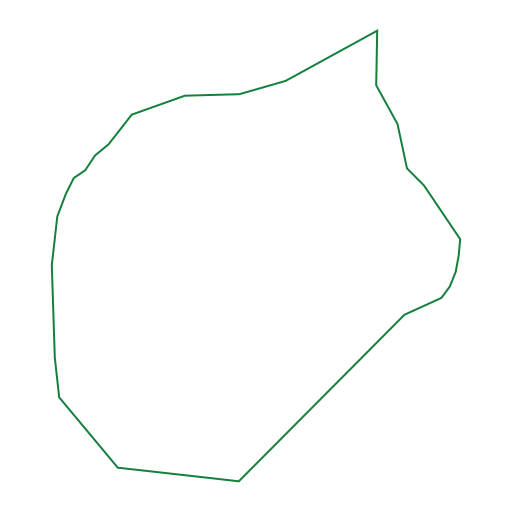 the border of Cerklje na Gorenjskem
{"feature_id": "SVN-942", "entity_name": "Cerklje na Gorenjskem", "entity_type": "Municipality", "adm_level": 1, "iso_a3": "SVN", "parent_name": "Slovenia", "parent_adm1": "", "projection": "equal_earth", "projection_center": [14.503, 46.257], "detail": "fine", "context": "isolated", "style": "outline", "palette": "green", "viewbox_px": 512, "rotation_deg": 0, "n_neighbors": 0, "source": "natural_earth", "source_scale": "10m", "svg_char_len": 438}
<svg xmlns="http://www.w3.org/2000/svg" viewBox="0 0 512 512"><path d="M131.8,114.6L184.8,95.7L239.3,94.2L285.6,80.9L377.2,30.7L376.2,85.3L397.5,124.0L407.0,168.4L424.0,185.5L460.2,239.2L458.7,255.5L455.7,271.9L449.8,286.5L441.4,297.9L404.5,314.7L238.8,481.3L117.8,467.7L59.2,397.4L54.8,357.7L51.8,265.2L57.3,216.4L65.9,193.8L73.8,178.0L85.2,170.3L95.1,155.4L108.5,144.4L131.8,114.6Z" fill="none" stroke="#15803d" stroke-width="2"/></svg>